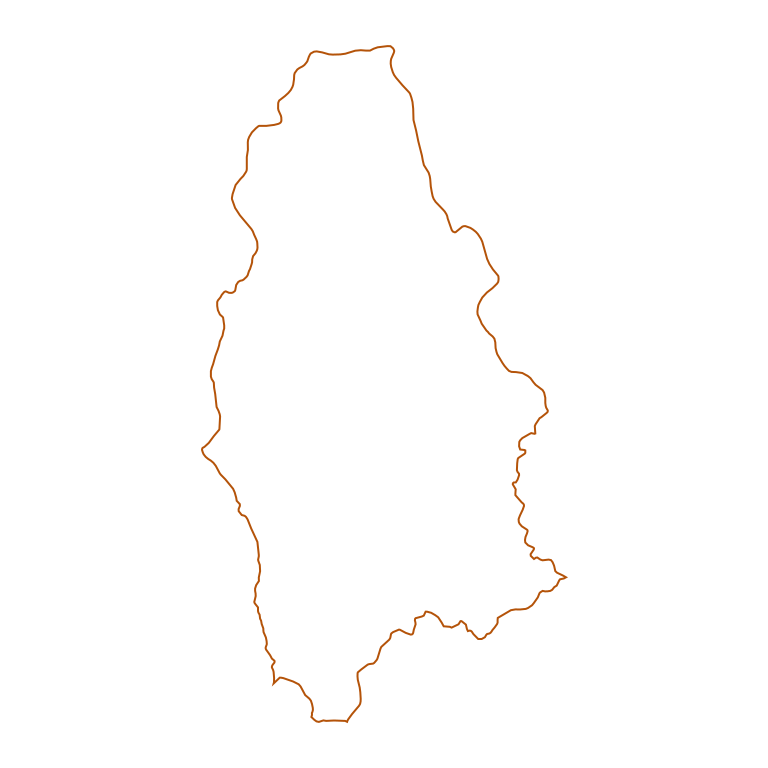 Tua Chua, Điện Biên, Vietnam
{"feature_id": "81297802B50800303075237", "entity_name": "Tua Chua", "entity_type": "district", "adm_level": 2, "iso_a3": "VNM", "parent_name": "Vietnam", "parent_adm1": "Điện Biên", "projection": "equal_earth", "projection_center": [103.373, 21.971], "detail": "fine", "context": "isolated", "style": "outline", "palette": "amber", "viewbox_px": 768, "rotation_deg": 0, "n_neighbors": 0, "source": "geoboundaries", "source_scale": "gbopen_adm2", "svg_char_len": 6080}
<svg xmlns="http://www.w3.org/2000/svg" viewBox="0 0 768 768"><path d="M273.7,683.4L279.7,677.7L281.1,677.7L283.3,678.1L293.1,681.5L298.7,684.3L300.6,686.5L305.2,695.1L309.4,698.7L310.9,700.7L312.0,704.0L312.8,707.9L312.9,710.0L312.4,712.0L311.9,713.0L312.0,715.0L311.4,717.0L314.3,719.8L316.5,721.4L318.9,721.9L323.4,720.4L326.2,720.9L334.0,720.5L345.1,720.9L347.1,721.8L347.4,720.8L348.3,719.2L352.1,714.0L359.1,705.7L360.1,703.9L360.6,701.5L360.7,698.8L360.3,692.2L359.7,687.5L357.8,679.8L357.5,676.4L357.6,673.1L357.9,672.3L361.2,669.5L367.7,664.6L369.2,664.1L373.1,663.6L374.2,662.9L376.6,660.1L377.4,658.7L380.5,648.6L381.3,646.9L389.2,639.7L390.1,638.3L390.4,637.3L391.0,634.1L391.4,633.4L393.1,632.1L399.0,629.6L400.0,629.8L405.8,632.9L410.7,634.6L412.0,634.4L412.9,633.6L413.2,632.7L413.8,629.7L415.6,624.3L415.4,622.4L414.9,620.4L415.1,618.8L415.6,618.2L421.9,616.5L423.8,615.6L425.6,611.7L427.1,611.7L431.2,612.8L435.3,615.2L438.2,617.3L441.7,622.6L443.7,626.3L449.8,626.8L451.6,627.6L458.5,624.3L460.5,621.1L461.5,621.1L465.9,624.6L466.9,628.9L467.9,631.1L469.6,630.6L470.7,630.8L471.7,631.5L473.4,634.1L478.2,639.0L481.7,639.0L484.9,637.2L486.3,634.8L487.1,634.0L489.4,633.5L490.5,632.8L491.5,631.6L492.4,630.1L494.6,627.5L497.1,624.0L497.6,622.6L497.6,619.7L497.8,617.9L510.9,610.2L515.4,609.4L519.8,609.5L525.8,608.9L528.0,608.0L532.1,605.2L533.8,603.1L537.8,597.4L539.5,593.2L540.2,592.4L542.6,590.9L545.1,591.4L547.6,591.3L550.3,590.9L552.2,589.8L554.3,587.1L556.7,585.6L559.2,580.4L560.0,579.3L563.8,578.5L566.0,577.3L562.9,575.5L557.0,572.7L555.3,571.1L554.1,565.8L553.5,564.3L552.6,562.2L551.0,560.1L548.6,559.6L542.6,560.3L540.4,559.6L537.3,557.5L535.9,557.7L534.0,559.0L530.8,555.9L530.6,554.2L533.6,549.8L534.0,548.8L533.9,548.1L532.8,547.3L528.1,545.3L525.3,542.5L525.0,540.0L525.5,537.0L527.0,533.4L527.6,531.2L527.5,530.3L527.0,529.7L521.8,526.3L519.5,523.6L518.8,521.9L518.6,519.3L518.8,518.5L520.0,515.4L522.7,509.7L524.0,506.0L523.9,504.8L523.3,503.7L521.7,502.4L515.4,495.2L515.4,493.4L515.7,489.3L512.8,484.4L512.9,483.3L513.7,482.5L515.8,482.4L516.4,481.5L517.6,479.6L519.1,475.2L519.0,473.7L517.5,471.8L516.9,470.2L517.2,463.2L517.7,459.2L518.3,458.0L524.8,453.6L525.3,452.8L525.3,450.4L524.5,450.0L520.2,449.5L519.1,446.3L519.3,441.9L520.2,440.3L522.3,438.1L529.6,433.9L531.2,433.1L534.5,433.8L535.3,433.5L534.8,426.1L535.5,424.4L539.6,418.2L541.3,417.2L546.8,412.8L547.6,411.9L547.8,410.8L547.7,410.3L546.2,407.7L545.7,405.9L545.3,403.0L545.3,397.8L544.1,392.6L542.6,390.1L535.6,384.8L533.4,382.2L530.5,378.2L528.1,376.2L522.3,373.0L516.1,372.1L511.5,371.9L509.0,370.9L506.8,368.6L504.5,365.9L502.5,363.0L497.3,354.3L496.5,351.9L495.6,348.1L495.3,342.4L494.4,338.7L492.7,336.5L489.0,333.4L488.1,332.1L486.4,330.5L481.7,323.7L480.6,320.9L477.6,314.4L477.4,311.5L477.9,307.5L478.4,305.0L479.8,302.0L482.3,297.5L486.9,292.5L492.4,288.2L497.1,283.6L498.2,281.9L498.5,280.1L498.6,278.8L498.4,276.4L498.1,275.7L492.9,269.4L489.4,264.0L487.1,258.9L482.3,241.8L480.9,238.7L477.8,234.0L475.8,231.8L472.9,229.5L470.4,227.9L465.4,226.1L464.1,226.1L462.4,226.6L455.6,232.2L454.6,232.3L452.8,231.5L451.7,229.9L447.7,218.5L447.2,216.1L446.4,214.2L444.7,211.5L443.0,209.6L435.6,201.9L433.6,198.8L432.6,196.1L431.7,191.7L430.8,186.5L430.2,179.0L429.7,176.0L428.6,172.6L423.9,165.1L422.8,160.5L421.9,155.5L418.3,141.3L416.1,130.5L413.5,120.0L413.2,108.8L412.5,102.0L411.4,97.7L410.1,93.9L409.4,92.7L402.4,85.2L396.1,77.8L394.1,75.0L392.8,72.2L391.2,67.1L390.7,63.7L390.8,60.9L391.2,58.8L393.8,52.8L394.2,51.3L394.1,50.3L393.1,48.4L390.5,46.2L387.5,46.1L377.7,47.3L373.7,48.7L370.0,50.6L366.0,50.6L360.8,50.2L355.2,50.7L345.4,53.7L340.3,54.4L332.6,54.6L328.9,54.3L322.2,52.4L316.7,51.4L314.0,51.7L310.7,53.5L310.0,54.5L308.9,56.7L307.3,61.3L306.4,62.6L304.4,65.0L302.5,66.4L299.4,68.0L297.3,69.5L294.7,73.1L294.2,75.0L294.0,79.3L293.2,84.7L292.5,86.8L290.8,90.0L288.3,93.0L284.9,96.1L279.2,100.5L278.6,101.8L278.2,103.0L278.1,108.5L278.5,110.4L280.9,115.7L281.3,117.5L281.4,120.3L281.2,121.5L280.6,122.5L279.6,123.3L278.2,123.9L274.2,124.9L266.1,125.9L259.1,125.9L258.4,126.2L256.0,128.2L251.9,132.4L249.2,136.9L248.1,139.8L247.8,142.2L247.9,150.0L246.8,157.0L246.8,169.0L246.6,170.6L246.0,171.9L243.3,176.0L240.5,178.9L235.6,185.0L232.6,194.1L232.2,196.3L231.9,198.1L232.0,199.2L235.1,207.9L239.9,215.3L251.3,228.9L252.8,231.3L254.2,234.9L256.2,239.2L257.1,241.6L257.3,243.5L257.5,247.5L257.3,249.2L256.8,250.7L255.5,253.2L253.1,256.1L252.2,259.4L252.1,262.3L251.6,264.2L250.0,269.1L249.0,271.0L247.6,275.4L246.4,277.0L243.6,279.6L242.4,280.3L240.1,280.8L238.2,282.0L236.2,285.0L235.3,290.0L234.9,291.0L234.3,291.5L232.7,292.6L231.5,292.9L229.0,292.8L226.1,291.5L225.4,291.4L224.1,292.1L221.8,294.8L220.4,297.4L217.9,300.4L217.2,302.0L217.2,306.0L217.9,310.2L219.9,314.5L222.7,317.0L223.1,317.7L224.2,325.4L224.2,328.5L223.5,330.7L222.5,335.7L219.8,341.5L219.1,345.3L217.8,349.5L215.4,355.9L213.1,364.2L211.8,367.7L210.9,371.1L210.9,376.6L211.7,379.1L213.4,381.7L213.8,382.6L214.1,387.6L215.2,394.0L216.6,407.0L218.5,410.8L219.7,414.2L220.1,416.4L219.4,429.2L219.2,429.7L213.9,436.0L208.8,442.9L204.4,446.9L202.6,447.9L202.2,448.7L202.0,449.8L202.8,452.4L203.7,454.4L205.7,456.9L208.1,458.9L210.8,460.6L213.4,462.8L215.8,465.9L219.8,473.4L220.8,474.7L225.4,479.4L233.1,488.8L234.7,492.4L236.2,497.7L236.7,500.8L239.8,504.1L239.9,505.9L238.6,509.1L238.7,511.2L241.7,515.0L244.6,515.8L245.9,516.8L247.1,518.6L247.7,519.7L251.2,528.5L257.4,541.9L258.8,554.9L258.8,556.3L258.1,559.7L258.3,560.8L259.8,565.0L260.1,571.2L258.8,577.5L258.9,581.0L256.2,585.1L255.1,588.5L255.1,590.9L255.6,593.5L255.7,596.1L254.3,601.9L254.5,602.8L255.3,604.0L258.0,607.4L258.0,611.0L258.4,612.6L259.6,614.7L260.1,618.7L261.1,620.7L261.7,624.0L263.3,628.4L263.4,630.7L263.6,632.2L265.9,637.5L266.6,641.1L266.8,643.8L266.7,644.6L265.7,647.3L265.7,648.6L266.1,649.6L270.1,655.2L271.9,658.6L274.4,660.7L274.6,661.3L274.4,662.6L272.8,664.6L272.2,665.6L271.9,666.7L271.9,667.5L273.1,670.0L273.6,671.9L274.1,678.0L274.0,682.3L273.7,683.4Z" fill="none" stroke="#b45309" stroke-width="2"/></svg>